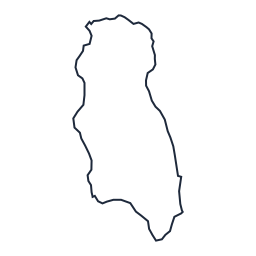 Monagri, Limassol, Cyprus (Robinson projection)
{"feature_id": "46923920B77893403419500", "entity_name": "Monagri", "entity_type": "district", "adm_level": 2, "iso_a3": "CYP", "parent_name": "Cyprus", "parent_adm1": "Limassol", "projection": "robinson", "projection_center": [32.913, 34.791], "detail": "fine", "context": "isolated", "style": "outline", "palette": "slate", "viewbox_px": 256, "rotation_deg": 0, "n_neighbors": 0, "source": "geoboundaries", "source_scale": "gbopen_adm2", "svg_char_len": 1174}
<svg xmlns="http://www.w3.org/2000/svg" viewBox="0 0 256 256"><path d="M89.4,21.9L85.8,26.6L89.5,30.7L91.6,35.8L89.6,43.9L83.7,45.6L83.0,50.9L79.6,56.0L76.6,60.2L75.5,67.4L78.0,75.3L82.4,78.4L84.5,82.9L84.5,95.2L83.4,104.8L77.5,111.7L73.3,118.4L74.5,127.6L79.9,132.7L81.3,138.5L85.1,145.5L89.0,153.5L91.6,160.5L91.5,164.5L91.4,169.7L87.6,175.2L88.4,181.0L91.0,185.1L91.6,192.3L92.4,195.7L92.6,196.9L94.8,195.9L98.1,201.3L99.0,201.7L102.5,203.4L106.9,201.6L113.4,199.8L121.1,199.8L130.3,203.1L135.9,211.6L141.2,215.6L148.0,221.2L149.1,228.9L152.4,234.9L156.0,240.6L161.9,239.3L165.4,234.8L170.0,231.1L171.9,224.3L174.4,216.8L181.2,213.4L182.7,211.9L181.9,210.4L180.3,204.0L179.1,191.2L181.2,176.8L178.0,175.9L174.8,155.1L173.3,146.3L170.4,137.5L167.7,131.1L164.8,119.6L159.9,110.9L155.5,106.7L151.8,100.6L149.0,91.2L146.1,85.7L146.0,80.4L147.7,73.0L152.9,69.4L155.4,64.5L154.8,58.8L154.9,55.1L152.2,46.2L153.6,41.4L151.5,38.3L151.6,33.5L149.0,29.3L146.4,27.1L141.9,23.9L138.6,22.5L133.5,23.9L128.4,19.9L124.6,17.2L120.9,15.5L118.6,15.4L114.9,18.6L109.7,19.3L108.4,18.9L106.3,18.3L99.2,20.6L93.7,21.0L91.2,24.0L89.4,21.9Z" fill="none" stroke="#1e293b" stroke-width="2"/></svg>